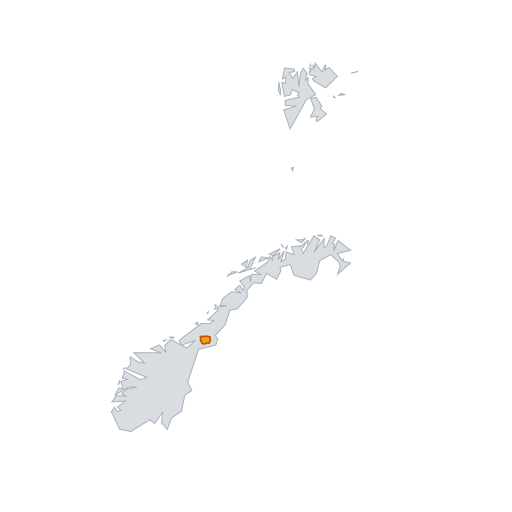 Snåase sma 1, Nord-Trøndelag, Norway (highlighted), rotated 18°
{"feature_id": "86288312B29366905893457", "entity_name": "Snåase sma 1", "entity_type": "district", "adm_level": 2, "iso_a3": "NOR", "parent_name": "Norway", "parent_adm1": "Nord-Trøndelag", "projection": "orthographic", "projection_center": [12.115, 64.195], "detail": "fine", "context": "in_parent", "style": "filled", "palette": "amber", "viewbox_px": 512, "rotation_deg": 18, "n_neighbors": 0, "source": "geoboundaries", "source_scale": "gbopen_adm2", "svg_char_len": 4688}
<svg xmlns="http://www.w3.org/2000/svg" viewBox="0 0 512 512"><g transform="rotate(18 256 256)"><path d="M291.2,253.5L282.3,259.5L284.2,262.4L282.9,271.7L271.3,269.3L269.7,280.3L262.0,282.3L258.0,291.2L260.4,297.9L254.6,312.0L247.8,315.6L247.9,330.8L241.8,344.3L245.2,346.4L245.3,353.1L230.2,362.6L230.0,397.1L236.4,403.8L231.3,410.3L233.1,426.8L225.6,436.2L225.2,448.4L217.6,443.6L215.6,432.9L211.3,446.7L205.5,444.5L191.3,461.6L179.9,463.0L166.7,448.9L168.1,443.7L172.5,446.8L175.2,444.6L170.9,442.4L176.5,434.4L164.0,439.3L166.4,431.9L175.1,429.6L170.7,428.3L175.1,421.9L183.3,417.5L175.4,419.8L164.9,431.8L166.4,423.7L170.8,423.5L166.4,417.1L171.5,413.1L166.6,413.6L166.4,406.1L184.3,409.4L189.7,405.1L167.6,403.5L170.2,398.3L167.5,390.7L176.7,393.3L183.0,392.4L169.8,385.7L195.8,377.4L184.3,376.8L191.8,370.4L200.3,375.6L196.8,369.6L200.7,361.7L218.5,364.9L224.4,355.1L212.7,363.8L208.9,360.1L224.8,337.1L232.7,334.9L235.8,330.4L229.8,331.6L236.6,319.1L234.7,316.4L243.9,312.6L237.1,314.0L237.7,306.4L243.9,297.5L253.2,295.6L246.2,294.6L249.7,288.9L254.3,292.8L254.8,289.6L248.3,284.6L256.2,276.5L258.7,282.7L257.5,274.8L266.4,272.1L259.3,270.7L268.8,258.4L269.3,252.6L273.4,255.1L271.5,252.0L277.7,245.5L278.2,252.5L281.3,242.5L281.4,253.6L285.0,249.8L283.3,242.8L292.0,243.0L287.0,236.4L294.7,232.5L300.1,238.9L304.9,218.8L311.6,221.0L310.0,234.6L315.4,218.3L318.1,227.2L320.0,224.8L321.0,213.7L326.1,214.5L324.6,220.5L326.9,220.2L328.4,227.7L329.2,215.8L344.3,221.4L332.5,228.6L340.0,234.1L348.0,233.5L339.2,248.1L339.2,239.5L337.0,236.4L326.6,231.6L318.0,240.7L318.9,253.7L315.2,262.0L298.1,262.7L291.2,253.5ZM242.8,62.8L248.3,66.8L248.5,74.2L250.5,70.1L252.1,76.1L262.9,84.1L255.7,91.5L249.2,124.5L237.2,108.4L248.2,100.9L237.4,103.7L235.6,99.1L248.3,91.5L245.6,90.2L246.5,87.3L238.9,86.7L239.0,92.1L233.6,95.4L227.0,82.7L230.7,82.7L229.2,76.7L226.5,79.5L225.0,68.3L234.8,66.5L235.6,68.3L231.1,71.7L235.9,75.7L238.6,68.1L244.5,81.8L241.9,68.9L242.8,62.8ZM252.8,54.3L261.9,60.7L262.7,52.9L263.8,53.6L264.0,57.8L267.3,54.2L277.8,60.0L270.2,74.6L256.5,71.5L254.8,69.9L258.0,66.6L251.3,67.2L249.4,64.4L251.1,62.3L247.9,60.7L252.5,60.8L251.5,57.0L253.5,58.7L252.8,54.3ZM264.1,86.5L272.3,93.2L271.6,96.2L279.2,99.1L272.8,109.1L271.1,108.6L271.4,104.2L264.8,107.0L266.3,98.3L259.4,89.3L264.1,86.5ZM254.2,270.5L259.3,267.3L244.3,277.8L251.8,269.6L251.8,261.8L255.8,257.3L254.2,270.5ZM261.4,255.3L268.2,254.1L260.5,260.7L261.4,255.3ZM267.8,250.3L276.7,241.7L272.4,250.3L267.8,250.3ZM224.1,83.5L228.6,91.9L229.7,95.6L226.0,91.4L224.1,83.5ZM249.0,262.7L250.5,269.7L244.8,268.2L249.0,262.7ZM297.8,223.8L295.0,229.4L289.6,228.1L295.3,226.2L297.8,223.8ZM299.1,227.3L298.5,233.3L296.1,232.1L299.1,227.3ZM237.8,278.5L243.3,276.8L237.4,281.5L237.8,278.5ZM295.3,49.4L289.8,53.0L295.4,49.0L295.3,49.4ZM286.7,75.1L291.0,75.0L285.1,77.6L286.7,75.1ZM308.0,217.7L311.4,215.7L312.8,216.6L308.0,217.7ZM301.2,225.3L301.1,228.6L299.6,226.1L301.2,225.3ZM282.7,237.0L283.0,240.2L281.4,239.2L282.7,237.0ZM264.3,160.5L264.3,163.5L262.5,161.3L264.3,160.5ZM282.8,81.0L280.8,81.1L280.3,80.0L282.8,81.0ZM221.1,337.0L222.3,339.6L218.9,339.0L221.1,337.0ZM276.1,237.2L278.1,238.1L279.5,239.8L276.1,237.2ZM248.7,56.8L249.6,58.8L248.4,58.1L248.7,56.8ZM202.5,359.9L198.4,360.0L202.8,358.6L202.5,359.9ZM196.4,363.8L194.8,365.9L194.2,364.7L196.4,363.8ZM236.5,282.3L234.6,284.8L236.6,280.6L236.5,282.3ZM165.5,418.0L164.7,421.5L164.8,416.9L165.5,418.0ZM233.1,317.0L232.2,314.9L233.4,315.0L233.1,317.0ZM340.0,231.0L340.3,233.6L340.1,233.2L340.0,231.0ZM234.2,318.9L232.0,319.4L234.6,318.4L234.2,318.9ZM227.9,323.7L228.0,325.7L227.0,325.1L227.9,323.7ZM165.9,403.1L164.7,405.1L165.1,403.4L165.9,403.1Z" fill="#d9dde1" stroke="#a8b0b8" stroke-width="1"/><path d="M234.3,355.6L234.9,355.1L235.1,354.9L235.5,354.6L236.2,354.0L236.4,354.0L236.8,353.8L237.5,353.6L237.9,353.5L238.1,353.4L238.5,353.3L238.6,352.0L238.7,350.4L238.5,349.3L237.7,348.6L237.3,347.1L235.9,347.2L234.3,347.4L233.5,347.7L233.4,347.8L233.2,348.0L232.8,348.1L232.7,348.1L232.4,348.1L232.1,347.9L232.0,348.0L231.9,348.2L231.7,348.4L231.6,348.5L231.4,348.6L231.2,348.8L230.9,348.8L230.7,348.8L230.4,348.9L230.2,348.9L229.9,348.9L229.8,349.0L229.6,349.1L229.3,349.1L229.1,349.2L229.0,349.3L228.7,349.4L228.5,349.6L228.4,349.6L228.4,349.9L228.5,350.5L228.4,350.5L228.5,350.5L228.4,350.5L228.5,350.6L228.4,350.7L228.4,350.8L228.5,351.0L228.8,351.1L228.8,351.3L228.8,351.5L228.9,352.0L228.9,352.3L229.0,352.3L229.0,352.5L229.1,352.9L229.2,353.1L230.1,353.3L230.0,353.6L229.9,354.1L230.1,354.2L230.2,354.3L230.3,354.3L230.7,354.6L230.9,354.7L231.1,355.0L231.4,355.4L231.8,355.9L233.9,355.6L234.3,355.6Z" fill="#f59e0b" stroke="#b45309" stroke-width="1.5"/></g></svg>